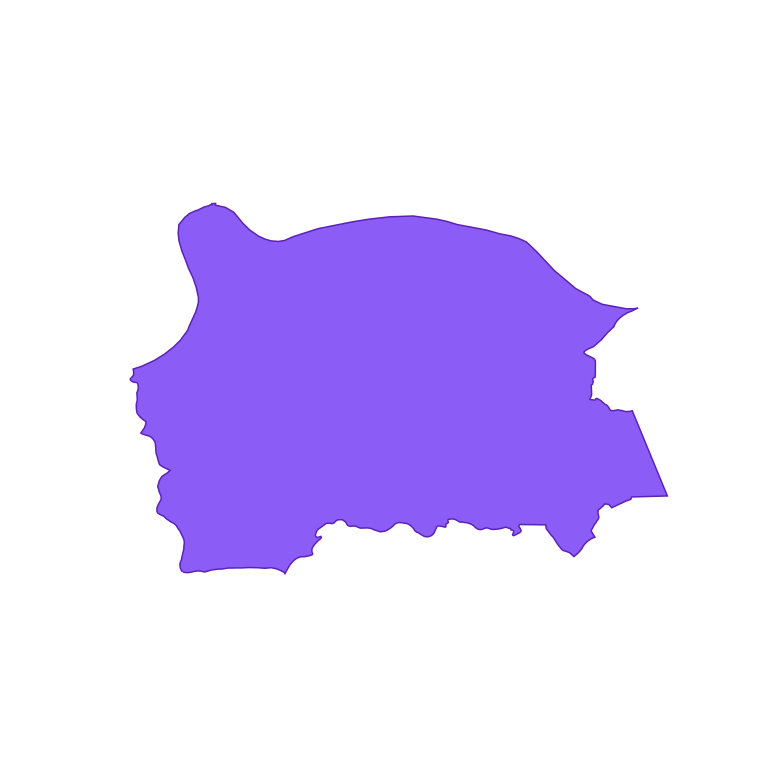 Cicuco, Bolívar, Colombia (Robinson projection), rotated 65°
{"feature_id": "7082276B7250300282061", "entity_name": "Cicuco", "entity_type": "district", "adm_level": 2, "iso_a3": "COL", "parent_name": "Colombia", "parent_adm1": "Bolívar", "projection": "robinson", "projection_center": [-74.658, 9.237], "detail": "fine", "context": "isolated", "style": "filled", "palette": "violet", "viewbox_px": 768, "rotation_deg": 65, "n_neighbors": 0, "source": "geoboundaries", "source_scale": "gbopen_adm2", "svg_char_len": 6146}
<svg xmlns="http://www.w3.org/2000/svg" viewBox="0 0 768 768"><g transform="rotate(65 384 384)"><path d="M514.0,553.9L511.9,551.1L510.6,549.2L509.3,547.4L508.0,545.3L506.9,543.1L506.3,541.6L505.8,540.0L505.2,537.7L505.1,535.7L505.1,534.5L505.3,533.4L505.7,531.8L507.0,528.7L507.6,526.3L508.0,524.7L508.3,522.2L508.4,521.8L508.4,521.2L508.3,520.9L507.9,520.5L507.6,520.4L505.7,520.2L504.5,519.8L503.3,519.2L502.2,518.2L500.7,515.8L499.5,513.4L498.8,511.7L498.2,510.0L497.3,506.6L496.8,505.9L496.0,505.5L495.4,505.6L495.3,507.1L495.1,508.7L494.8,509.2L494.2,509.8L493.5,510.2L492.7,510.3L492.3,510.3L492.2,510.2L491.2,509.4L490.3,508.6L489.0,507.2L488.0,505.7L486.0,495.7L486.1,494.8L486.5,493.5L487.1,492.3L488.3,490.6L488.6,490.0L488.7,489.4L488.8,488.7L488.7,488.1L488.6,487.4L488.0,486.1L487.8,485.3L487.6,484.4L487.6,483.1L489.4,479.1L492.9,477.1L496.4,476.8L497.4,476.3L498.8,474.5L500.0,471.3L500.7,470.0L504.6,466.4L507.6,459.5L509.7,456.5L512.1,454.5L516.4,449.8L517.7,445.6L517.8,443.5L517.7,442.0L517.5,439.7L517.0,437.5L516.6,436.0L515.7,433.8L515.5,433.1L515.4,431.8L515.4,430.6L515.9,429.1L516.5,427.7L517.9,425.6L519.1,423.9L519.8,422.7L520.3,422.0L521.3,421.2L523.2,420.0L524.3,419.4L526.6,418.6L527.7,418.3L529.2,418.2L530.0,418.0L530.7,417.7L531.4,417.4L532.1,416.9L532.9,416.1L534.2,415.2L538.5,412.4L539.5,411.5L540.4,410.0L541.0,408.8L541.4,407.0L541.4,405.1L541.0,403.3L540.2,401.7L535.9,396.6L535.6,396.0L535.5,395.5L535.6,394.8L535.8,394.3L537.7,391.5L539.4,389.4L539.6,388.9L539.6,388.6L539.5,388.3L539.2,387.9L538.9,387.8L538.4,387.8L538.0,387.7L537.6,387.5L537.4,387.2L537.1,386.8L537.0,386.4L537.0,386.0L537.1,385.4L537.0,385.0L536.9,384.6L536.7,384.3L536.4,384.1L536.0,383.9L535.1,384.0L534.8,384.0L534.3,383.5L534.0,383.0L534.0,382.6L534.6,380.5L535.0,379.5L535.4,378.7L536.0,377.8L536.6,377.1L537.8,376.0L538.9,375.2L541.0,373.9L541.9,372.1L543.1,370.1L545.5,366.6L546.8,365.2L548.2,364.0L549.8,362.9L550.7,362.5L552.6,361.8L554.0,361.1L555.1,360.3L555.7,359.7L556.2,359.1L556.8,358.0L557.2,356.7L557.3,355.5L557.3,353.5L557.5,352.8L557.7,352.1L558.0,351.5L558.4,350.9L560.5,348.7L561.2,347.8L561.9,346.6L562.9,344.2L563.8,341.4L564.5,338.6L564.7,337.2L564.9,335.8L565.2,334.7L565.5,333.9L566.2,333.0L567.0,332.4L567.6,331.7L568.2,330.5L569.0,330.5L569.8,330.7L570.6,329.7L571.2,329.1L571.7,328.7L572.2,328.7L572.5,328.7L572.8,328.9L574.7,331.0L575.0,331.1L575.6,331.2L576.0,330.9L576.2,330.6L576.3,330.3L576.3,329.7L576.1,324.0L575.9,323.2L575.5,322.4L575.0,321.8L574.7,321.7L572.8,321.6L571.7,321.7L570.4,322.0L570.0,321.9L569.5,321.6L569.2,321.3L569.0,320.7L568.9,320.0L580.0,296.9L582.6,297.8L583.8,298.1L592.0,296.3L594.2,295.5L602.5,294.4L609.2,292.8L610.0,292.4L610.5,292.1L612.5,289.8L615.4,287.0L620.7,284.8L619.7,281.1L619.1,279.3L618.4,277.5L617.6,275.7L616.5,273.7L616.0,273.4L614.6,271.1L613.6,269.0L612.8,266.8L612.2,264.5L611.9,262.3L611.8,259.9L612.0,257.6L605.4,258.3L604.4,258.2L600.1,252.4L599.4,250.8L598.9,250.0L598.2,249.3L597.9,248.5L597.6,247.8L596.4,246.2L595.7,245.7L595.1,245.4L591.4,244.6L590.4,244.1L589.6,243.6L588.9,243.7L588.1,240.3L587.1,237.0L586.5,235.7L585.9,234.7L586.6,233.8L587.0,232.8L587.4,232.2L587.9,231.6L588.4,231.2L588.6,231.0L592.4,229.9L592.3,213.8L592.5,212.9L592.8,209.0L592.0,208.4L591.1,207.4L591.3,206.7L605.2,174.5L513.1,170.3L512.8,172.6L511.3,176.2L509.9,178.2L508.6,179.5L507.7,181.2L507.3,181.5L506.3,182.9L505.8,184.7L505.3,186.9L504.4,188.8L503.4,189.8L501.7,190.2L500.3,190.2L497.1,191.1L495.8,192.4L493.7,193.1L493.0,193.6L492.0,193.9L490.4,194.6L487.8,196.5L487.0,197.3L486.8,197.8L486.9,198.5L487.3,199.0L487.6,199.2L487.8,199.5L487.6,200.0L487.3,200.6L486.6,201.3L485.7,203.3L484.9,204.0L482.1,200.8L480.7,200.0L472.5,196.6L472.5,195.3L470.0,193.1L469.0,193.2L467.7,192.8L467.1,191.7L467.1,190.2L466.9,189.6L462.5,187.4L453.0,182.9L451.8,182.6L449.4,183.2L445.8,186.1L443.0,188.3L440.4,189.7L439.5,189.2L438.7,187.1L438.5,183.6L438.7,178.5L435.8,168.5L431.9,159.6L429.1,151.2L427.4,149.6L425.3,146.3L423.9,142.8L422.8,138.1L422.3,132.9L422.6,128.4L422.4,121.5L421.5,125.5L418.3,132.5L404.1,152.4L396.3,159.0L391.4,160.4L378.6,169.9L353.1,181.7L329.3,189.5L315.4,194.9L309.3,200.2L303.1,206.8L297.1,215.3L287.6,226.3L270.4,250.3L263.4,258.1L257.0,266.4L244.0,286.7L234.8,308.4L228.4,327.5L223.7,344.0L215.4,377.8L212.1,403.7L211.9,413.5L210.1,419.6L206.6,425.8L202.4,430.6L196.9,435.3L187.9,440.5L178.6,444.0L164.8,447.6L156.9,453.1L150.7,461.2L149.2,460.3L147.8,463.7L148.7,464.0L148.3,464.5L148.3,468.2L147.6,471.8L147.7,479.3L147.3,482.1L147.3,488.4L148.8,494.0L152.8,502.5L160.3,506.8L167.6,509.3L178.2,511.0L187.3,511.5L196.6,512.3L206.8,512.2L216.8,513.3L226.8,515.5L231.4,517.6L234.6,520.1L239.3,524.4L249.5,536.4L252.3,539.1L258.5,550.5L261.5,559.1L264.2,570.5L265.6,582.4L265.5,597.1L264.4,605.0L267.6,605.9L270.3,607.5L270.4,608.0L270.8,608.4L271.7,611.0L272.2,611.8L272.9,612.0L273.8,612.0L275.0,611.4L276.0,610.6L276.9,609.5L278.0,607.8L278.7,607.1L279.6,607.0L281.7,607.6L283.9,608.4L286.1,610.1L287.5,611.7L293.6,614.1L295.0,614.9L297.4,616.9L299.6,618.0L302.7,619.2L306.3,620.1L310.6,619.1L314.3,617.5L316.8,616.0L318.0,615.6L318.7,616.3L320.4,617.5L322.6,619.8L325.7,625.1L327.4,623.9L332.3,618.5L334.7,617.1L336.9,616.4L339.5,616.1L340.8,616.3L344.1,617.3L350.2,619.8L353.3,620.1L356.6,620.8L361.8,621.5L363.2,621.0L366.0,619.2L371.9,614.3L373.1,618.4L373.4,621.3L374.0,624.4L375.2,626.4L376.9,628.7L379.6,630.9L380.5,632.0L382.2,632.6L384.0,632.7L385.8,633.2L391.1,633.5L392.5,633.8L394.5,634.9L397.7,639.4L400.3,642.1L403.5,643.6L405.3,643.6L407.0,642.6L410.9,639.5L414.7,637.9L418.9,635.4L421.8,633.2L424.7,632.0L427.8,631.8L430.9,631.1L434.1,631.1L437.3,631.0L440.4,631.1L443.4,632.0L446.2,633.7L449.1,635.3L454.3,639.4L456.9,641.3L459.4,643.7L460.9,645.1L464.2,646.3L467.7,646.5L470.3,644.6L472.0,641.8L473.0,638.5L473.7,635.0L474.7,631.8L476.4,628.8L478.5,626.2L479.2,622.6L479.6,619.1L481.7,612.5L483.1,609.4L485.0,602.8L486.5,599.7L487.9,596.4L490.2,591.5L493.4,583.7L497.2,576.0L500.6,570.0L502.8,563.9L506.1,559.5L507.5,558.2L509.1,556.7L512.5,554.1L514.0,553.9Z" fill="#8b5cf6" stroke="#5b21b6" stroke-width="1.5"/></g></svg>